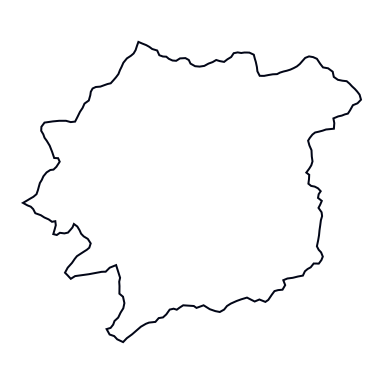 Camanducaia, Minas Gerais, Brazil (Albers equal-area conic projection)
{"feature_id": "56859067B71206053362122", "entity_name": "Camanducaia", "entity_type": "district", "adm_level": 2, "iso_a3": "BRA", "parent_name": "Brazil", "parent_adm1": "Minas Gerais", "projection": "albers", "projection_center": [-46.078, -22.797], "detail": "fine", "context": "isolated", "style": "outline", "palette": "ink", "viewbox_px": 384, "rotation_deg": 0, "n_neighbors": 0, "source": "geoboundaries", "source_scale": "gbopen_adm2", "svg_char_len": 3286}
<svg xmlns="http://www.w3.org/2000/svg" viewBox="0 0 384 384"><path d="M216.2,60.0L212.6,62.1L208.5,63.6L204.3,65.9L199.6,66.6L195.1,66.2L190.5,63.6L188.8,60.0L185.4,58.1L180.0,58.4L176.2,60.8L172.5,60.5L168.8,58.8L166.3,56.7L162.9,56.5L159.3,55.2L157.2,50.5L152.2,49.0L149.4,46.9L146.2,45.1L142.4,43.6L138.4,41.9L137.0,45.8L135.6,50.1L133.6,53.5L131.0,55.7L126.9,58.4L123.4,62.7L121.5,67.0L120.0,70.0L118.4,74.1L116.0,77.3L113.4,80.3L110.7,83.3L107.6,84.0L104.5,85.1L100.4,86.6L95.8,87.0L92.6,88.5L90.8,91.8L90.3,95.2L88.8,100.5L84.5,103.6L82.6,107.9L80.0,111.8L77.6,116.7L75.1,121.6L70.7,122.1L66.0,120.8L59.2,120.8L52.8,121.4L44.5,122.6L41.4,126.8L41.2,130.8L43.3,134.3L44.5,137.7L46.8,140.9L49.7,145.7L52.1,151.8L54.2,158.0L58.1,158.2L59.7,161.7L56.4,166.8L53.5,169.6L50.3,170.0L46.6,172.4L43.4,176.3L41.8,179.9L39.9,183.0L38.9,186.5L37.9,190.2L36.5,194.2L33.4,196.8L29.9,198.8L27.1,200.5L23.0,202.9L27.5,205.4L30.8,206.7L33.2,209.1L35.3,213.2L40.8,215.2L44.4,217.5L48.7,219.4L52.0,221.8L55.3,221.2L55.8,225.2L54.7,229.3L53.3,234.1L56.8,235.0L59.9,232.8L64.4,233.4L68.0,232.6L70.3,230.0L72.5,227.4L73.9,224.0L77.3,226.5L79.6,230.3L81.1,233.7L83.7,236.4L87.8,238.9L90.7,243.4L89.3,247.7L86.8,249.8L84.1,251.5L80.4,253.9L76.9,256.2L74.8,258.8L72.0,262.9L67.7,267.7L65.0,272.7L67.4,275.1L70.8,278.8L75.1,276.1L88.9,274.2L93.2,273.4L101.8,271.8L105.7,271.7L109.7,267.7L116.1,265.1L120.1,277.8L119.2,281.7L119.5,286.0L119.4,293.7L123.0,296.7L124.4,303.1L123.3,308.3L120.6,312.6L118.2,317.6L114.5,321.0L113.2,324.6L110.6,327.9L106.6,329.1L109.6,334.5L114.2,336.1L117.2,339.3L123.1,342.1L126.8,338.2L132.0,334.4L140.9,326.7L145.9,323.8L149.0,322.6L155.4,321.9L158.7,318.1L163.0,317.4L166.3,314.4L169.7,309.6L173.6,308.7L176.8,309.7L179.5,307.7L183.2,305.3L193.8,306.0L196.5,307.9L203.6,305.3L209.8,309.2L215.3,311.1L219.8,312.0L224.1,309.6L227.0,306.0L230.8,303.6L236.6,301.0L241.3,299.3L247.0,297.6L251.7,300.0L254.7,301.5L259.4,299.5L265.4,301.9L268.3,299.9L271.9,294.6L274.5,291.1L278.1,290.1L282.5,289.7L285.2,285.1L283.3,280.2L287.4,278.5L292.8,277.8L298.0,276.5L302.9,275.6L304.9,271.3L307.6,269.0L310.7,267.3L313.7,263.5L318.8,263.6L321.4,260.1L322.8,256.6L321.1,252.4L318.7,249.8L316.9,246.3L318.1,240.6L319.0,235.4L319.5,230.3L320.2,225.5L320.9,220.2L322.1,216.1L321.6,212.3L318.5,207.9L320.2,204.6L321.8,200.9L318.0,197.9L318.7,194.2L320.7,191.2L318.0,188.3L314.7,186.6L311.1,185.9L308.4,183.7L309.0,179.1L309.2,174.8L306.3,172.6L309.2,168.7L311.3,165.3L312.5,161.4L311.8,156.5L311.5,150.2L309.4,145.4L308.1,140.7L309.8,137.9L312.4,134.6L315.1,132.5L318.7,131.7L322.5,130.7L326.0,129.5L330.0,129.1L333.9,128.7L334.3,123.1L333.4,118.4L338.2,116.4L341.8,115.6L344.8,114.4L347.9,113.6L350.0,110.4L352.9,105.2L357.5,103.3L361.0,99.7L359.6,94.7L357.3,91.7L355.0,89.1L352.0,86.3L349.6,83.7L346.7,81.2L342.4,80.7L337.9,79.8L333.8,76.9L332.7,71.7L328.1,68.3L323.0,67.4L320.2,63.8L316.9,58.8L313.1,57.1L309.0,56.4L305.2,57.9L302.6,60.8L299.8,64.0L296.9,66.4L293.7,68.1L290.4,69.6L286.9,70.7L283.5,71.5L280.0,72.6L277.1,74.1L272.8,74.3L268.6,75.0L264.0,75.9L259.7,75.8L257.4,71.3L256.9,67.0L255.8,61.9L254.8,58.6L253.8,54.7L249.3,52.6L244.5,52.5L241.2,53.0L237.7,52.4L233.7,53.2L231.2,57.0L227.4,59.3L224.1,61.9L219.8,61.1L216.2,60.0Z" fill="none" stroke="#020617" stroke-width="2"/></svg>